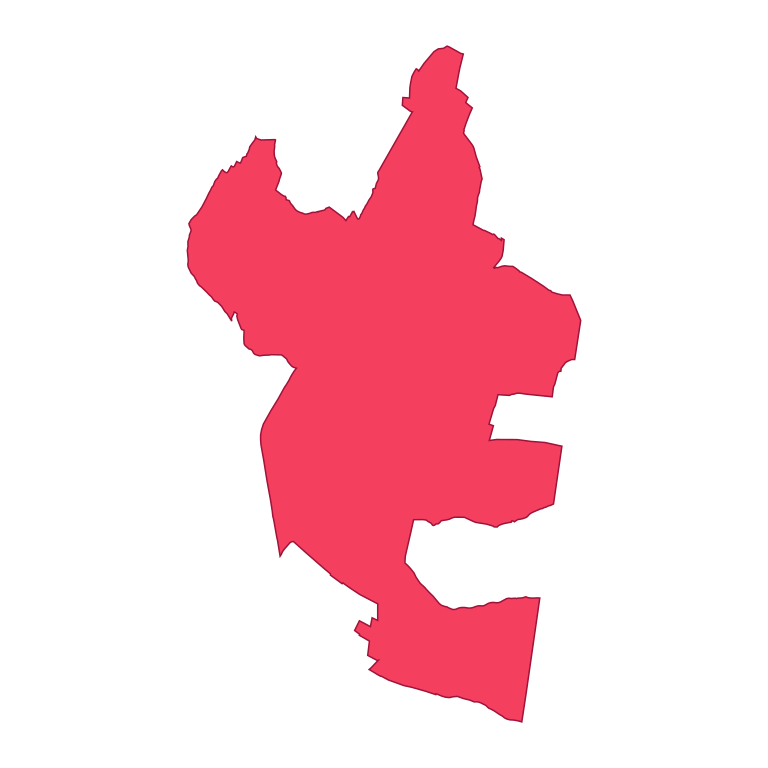 Tepeyanco, Tlaxcala, Mexico (Equal Earth projection)
{"feature_id": "50627088B29939751785966", "entity_name": "Tepeyanco", "entity_type": "district", "adm_level": 2, "iso_a3": "MEX", "parent_name": "Mexico", "parent_adm1": "Tlaxcala", "projection": "equal_earth", "projection_center": [-98.229, 19.247], "detail": "fine", "context": "isolated", "style": "filled", "palette": "rose", "viewbox_px": 768, "rotation_deg": 0, "n_neighbors": 0, "source": "geoboundaries", "source_scale": "gbopen_adm2", "svg_char_len": 6110}
<svg xmlns="http://www.w3.org/2000/svg" viewBox="0 0 768 768"><path d="M526.1,693.5L539.8,598.0L537.8,597.9L532.7,598.1L529.9,598.0L527.4,597.5L526.3,596.9L525.4,596.9L522.3,597.9L517.4,598.2L516.4,598.6L515.5,598.2L511.1,598.5L509.0,598.2L506.6,598.6L499.8,602.3L497.3,602.8L492.9,602.4L490.9,602.6L488.4,603.3L484.2,605.6L482.4,605.9L478.5,605.8L476.4,606.3L472.4,607.7L470.7,608.0L468.7,608.1L464.8,607.5L461.4,607.5L458.8,608.0L456.0,609.2L454.0,609.5L452.9,609.5L451.7,609.1L448.5,607.8L447.3,607.0L444.6,606.4L441.3,605.2L439.1,603.4L433.1,596.2L429.4,592.6L426.0,589.0L425.3,588.0L420.2,583.3L416.1,577.3L414.1,573.1L410.9,569.0L407.9,565.7L404.9,562.9L405.3,556.2L410.7,532.8L413.6,519.7L422.6,519.6L425.9,520.0L426.7,520.4L427.9,521.4L430.8,523.0L431.7,523.9L432.2,524.8L432.6,525.2L433.3,525.5L434.7,525.1L436.3,523.8L437.4,523.9L438.3,523.8L439.8,522.5L440.7,521.3L441.5,520.7L447.0,519.8L449.4,519.2L452.7,517.7L454.8,517.2L464.4,517.3L473.2,521.4L475.8,522.4L486.4,524.1L492.9,526.0L494.1,526.9L497.2,527.0L498.7,525.5L501.8,524.2L504.8,523.4L511.4,522.1L511.5,521.4L512.0,520.7L513.9,521.4L514.3,521.8L517.7,519.6L522.3,518.8L526.0,517.5L527.4,516.6L529.2,514.5L530.7,513.3L532.6,512.3L540.5,508.9L542.3,508.6L543.7,507.8L546.0,507.1L548.7,505.8L550.3,505.5L553.5,504.0L561.9,446.2L545.0,442.5L530.9,441.4L517.2,439.6L496.6,439.5L489.3,440.5L493.4,425.7L489.0,424.2L493.6,408.6L495.3,405.5L498.0,394.7L509.5,395.4L511.6,394.4L514.1,394.1L516.8,393.2L519.7,393.2L526.6,394.2L552.2,396.8L553.5,386.8L554.8,384.2L557.7,373.2L558.1,372.4L559.6,371.2L560.8,371.3L561.1,369.9L561.0,368.5L565.4,362.7L567.4,361.4L571.6,359.5L574.7,359.5L580.7,320.6L580.5,319.9L573.0,301.4L570.0,295.0L562.5,295.0L558.0,294.0L552.0,292.2L550.6,290.6L548.9,290.2L543.5,286.2L532.0,278.7L521.9,272.6L520.6,272.0L519.9,272.0L518.9,270.7L516.3,268.7L513.2,266.6L512.2,266.3L510.4,266.4L504.7,265.8L502.1,266.2L497.4,267.8L496.3,267.4L495.7,267.4L495.2,267.7L494.7,268.3L494.3,268.2L493.7,267.6L499.5,260.6L501.1,258.3L502.1,256.2L503.2,250.3L504.1,239.7L501.4,238.1L501.3,240.3L499.2,238.8L497.8,238.4L497.3,237.7L494.7,234.8L493.8,234.1L492.3,234.4L490.9,233.5L484.4,230.4L483.5,230.4L473.0,224.7L473.8,220.6L475.0,216.0L476.0,209.2L476.3,206.5L477.4,201.6L477.6,197.5L478.1,195.8L479.4,192.3L479.6,190.7L479.6,190.0L481.3,181.1L482.1,179.0L480.0,169.1L479.1,167.7L479.9,166.8L476.2,156.7L473.9,148.2L473.2,146.5L471.7,144.1L464.4,134.5L463.8,133.6L463.6,132.9L464.1,130.8L464.1,129.8L463.9,129.1L464.4,128.4L465.9,123.7L469.3,114.7L472.3,107.9L465.7,102.6L468.0,97.5L460.8,91.0L456.0,88.3L458.5,74.8L459.8,68.2L463.3,54.0L460.8,53.4L449.3,47.0L447.1,46.1L443.5,48.3L438.2,48.9L434.0,51.6L424.2,63.2L418.7,71.1L417.7,69.6L416.2,68.8L414.2,71.9L411.9,76.5L410.6,83.0L409.9,87.6L409.5,98.0L402.9,97.5L402.3,105.3L410.7,111.5L412.4,111.8L378.9,170.7L378.3,171.4L377.7,173.0L378.5,177.2L378.4,179.6L376.4,183.5L375.2,188.4L373.9,188.6L372.8,189.2L372.9,192.7L371.2,196.9L369.1,199.8L366.9,204.0L365.3,206.2L364.7,207.8L363.1,210.4L361.8,213.5L360.8,214.6L360.3,216.5L359.0,218.8L358.4,219.0L357.7,218.9L357.2,218.2L353.9,211.4L352.5,212.4L352.3,212.0L349.7,216.8L348.5,216.5L345.9,220.6L343.1,217.5L340.5,215.5L329.2,207.1L325.9,208.4L325.2,209.5L324.5,210.1L318.7,211.4L318.3,211.9L317.4,211.6L316.0,212.3L312.1,212.4L310.2,213.2L306.4,214.1L304.8,214.1L302.2,213.0L300.0,212.4L297.2,211.0L296.2,210.3L294.9,208.9L292.6,205.6L291.1,204.0L290.2,202.7L289.6,201.2L289.2,200.6L286.2,199.7L286.0,198.9L286.1,197.8L285.3,196.3L283.9,196.1L281.2,194.4L275.6,190.0L279.0,181.4L279.5,179.2L281.2,174.3L281.4,173.3L281.0,172.0L279.2,168.5L277.2,166.1L276.3,163.1L276.8,161.9L274.8,157.4L274.3,155.1L274.1,151.2L274.7,146.8L274.6,144.6L275.5,139.9L275.1,139.6L261.1,140.0L257.1,138.7L256.6,138.3L255.7,136.8L254.8,140.0L252.8,142.5L249.8,146.7L249.1,149.8L247.6,153.2L247.0,153.8L246.4,156.2L242.8,157.5L242.2,158.7L241.8,160.0L240.5,163.0L239.3,162.9L236.7,161.5L234.3,166.5L232.7,166.9L231.3,165.9L230.5,167.1L228.1,171.6L227.0,172.6L226.0,172.6L224.2,171.5L222.5,169.8L221.4,170.9L218.7,175.8L217.7,178.2L216.3,179.3L214.8,181.5L213.3,185.7L211.9,187.2L210.5,190.2L208.9,193.1L206.4,198.4L202.0,206.8L196.6,214.8L194.6,216.1L191.2,219.6L188.9,223.6L189.3,225.4L190.9,229.2L191.1,230.7L189.3,235.4L189.4,236.8L187.9,241.6L188.0,246.8L187.3,250.3L188.2,259.4L188.2,261.8L187.8,264.2L188.2,267.0L191.2,273.2L194.3,276.5L195.5,279.0L196.5,280.5L197.4,283.0L199.3,285.5L201.4,287.0L206.9,292.3L209.1,294.7L211.5,296.8L213.1,299.2L214.6,301.0L217.7,302.3L221.7,306.4L224.8,311.4L227.2,313.8L231.7,321.1L231.5,318.3L232.1,316.8L233.5,314.3L234.2,312.0L235.0,312.3L237.0,313.6L237.3,314.0L236.8,316.1L237.7,319.8L241.0,328.3L241.7,329.5L243.9,330.3L244.1,330.9L243.8,338.2L244.1,343.8L245.1,345.5L248.9,348.9L250.8,349.4L251.6,350.0L252.2,350.5L253.7,353.3L255.2,354.5L258.9,355.7L260.1,355.8L264.0,355.2L268.8,355.1L271.1,354.7L281.5,354.9L282.3,355.4L286.3,358.7L287.0,359.6L287.4,360.8L288.5,362.5L291.5,366.0L293.1,367.1L296.4,368.2L294.1,371.2L292.2,374.2L290.8,376.6L288.9,380.4L286.2,384.9L284.9,386.7L283.5,389.1L278.1,398.9L271.1,410.3L263.4,424.0L261.6,429.6L260.6,435.0L260.6,439.9L261.0,445.0L263.8,460.7L267.0,480.8L270.5,499.9L272.3,511.5L272.8,516.2L273.7,519.8L276.8,537.3L277.5,540.3L280.1,556.2L281.3,554.4L282.5,551.7L284.3,549.2L289.7,543.0L291.2,541.9L293.4,541.5L306.5,553.2L324.4,568.8L330.4,573.8L330.4,575.1L342.1,583.7L342.8,582.9L351.0,588.7L359.8,594.5L377.8,603.9L377.7,606.8L377.7,620.4L372.1,617.8L370.4,626.6L359.4,620.8L354.6,630.5L359.6,634.3L359.3,635.3L369.3,641.0L369.4,641.3L367.7,655.4L377.1,660.4L378.3,660.2L370.9,668.0L369.1,669.5L377.9,674.8L380.5,676.2L381.3,676.2L388.6,680.1L404.0,685.6L411.3,687.2L425.5,691.2L435.8,694.6L436.1,693.7L441.8,696.1L445.5,697.2L449.4,697.6L452.9,696.8L457.4,696.4L463.3,698.5L469.8,700.1L474.2,701.9L477.1,701.8L479.0,702.2L480.6,702.8L485.7,705.3L488.6,708.1L491.3,709.3L494.2,710.9L499.4,714.4L502.5,716.2L504.2,717.6L505.6,718.5L507.4,719.2L509.7,719.8L514.1,720.1L517.9,720.8L521.8,721.9L526.1,693.5Z" fill="#f43f5e" stroke="#9f1239" stroke-width="1.5"/></svg>